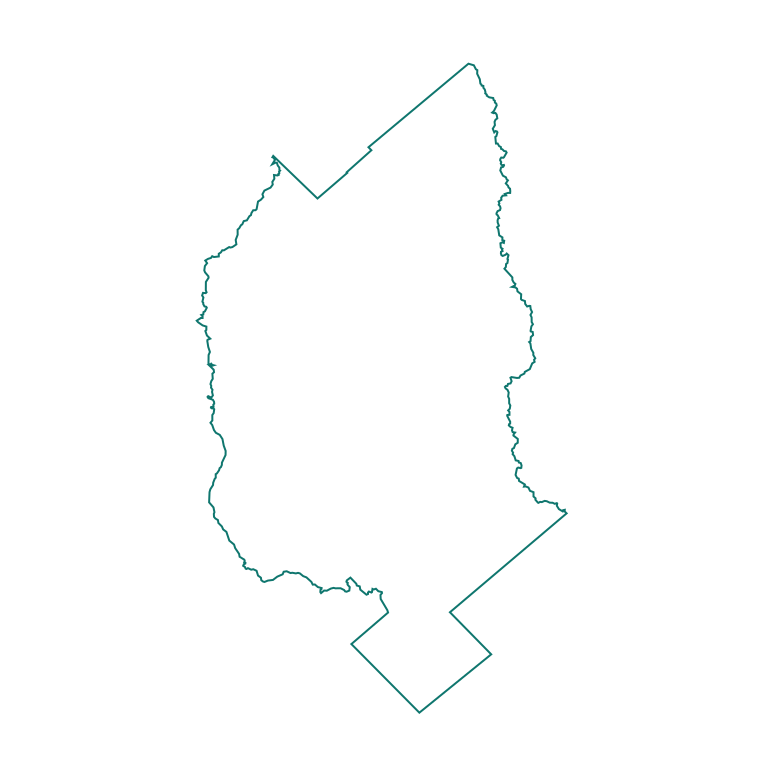 Saladillo, Buenos Aires, Argentina (Equal Earth projection), rotated 274°
{"feature_id": "61730980B83409300845185", "entity_name": "Saladillo", "entity_type": "district", "adm_level": 2, "iso_a3": "ARG", "parent_name": "Argentina", "parent_adm1": "Buenos Aires", "projection": "equal_earth", "projection_center": [-59.628, -35.682], "detail": "fine", "context": "isolated", "style": "outline", "palette": "teal", "viewbox_px": 768, "rotation_deg": 274, "n_neighbors": 0, "source": "geoboundaries", "source_scale": "gbopen_adm2", "svg_char_len": 6165}
<svg xmlns="http://www.w3.org/2000/svg" viewBox="0 0 768 768"><g transform="rotate(274 384 384)"><path d="M709.4,445.9L619.1,352.0L616.3,355.1L592.6,332.0L592.0,332.6L564.4,304.7L603.8,257.6L602.4,256.9L602.1,257.9L600.0,259.6L595.4,257.2L597.3,260.4L597.2,261.7L594.5,262.8L592.6,264.5L589.9,264.8L589.6,265.4L588.4,264.5L587.0,264.9L586.0,263.9L585.3,264.4L584.6,263.3L584.8,259.7L581.1,260.3L577.8,258.5L575.2,259.1L572.0,257.1L568.6,251.2L564.8,249.5L562.1,250.6L559.2,248.3L557.2,245.6L549.5,244.7L548.4,243.7L548.2,241.4L545.2,239.8L543.2,239.5L542.0,238.0L537.7,235.8L536.7,232.7L533.4,231.5L532.4,230.2L529.3,228.7L527.8,227.2L522.7,227.6L517.4,226.0L513.0,227.0L510.0,223.2L509.4,221.1L509.8,220.0L506.2,215.0L506.1,213.3L503.9,212.1L502.4,210.1L499.7,210.3L498.8,205.5L499.5,203.7L497.7,202.6L496.6,199.8L494.7,197.1L492.2,199.1L489.2,197.1L484.8,196.8L482.9,197.7L479.2,201.3L477.7,201.6L473.4,199.2L465.1,199.7L463.1,200.6L462.2,199.8L462.3,197.1L459.6,196.4L457.7,197.8L453.4,197.1L452.5,198.0L451.1,198.1L448.9,199.5L448.6,201.3L447.7,201.9L444.0,200.3L443.1,198.9L440.8,198.9L440.1,197.0L438.9,198.3L437.2,198.4L437.1,196.7L434.1,192.8L432.6,194.3L429.8,199.0L428.9,202.8L425.5,203.0L424.4,202.1L420.0,204.0L417.1,207.5L415.8,204.9L414.7,204.7L408.7,206.1L403.8,208.1L400.7,207.0L391.9,207.5L391.3,209.4L392.2,210.2L391.1,211.3L390.8,212.8L390.2,211.3L390.7,210.2L390.6,208.1L386.4,213.1L383.9,213.6L382.3,212.1L377.2,212.8L374.8,211.5L371.8,210.9L370.1,211.8L368.3,211.7L366.3,213.3L364.1,213.0L360.7,214.1L358.4,212.7L359.6,209.5L358.8,208.9L357.6,209.8L356.3,214.4L354.4,215.7L352.5,216.0L351.5,215.2L349.6,215.5L348.9,213.1L348.3,213.0L347.7,213.9L347.7,215.8L347.0,216.4L343.0,216.1L341.1,214.9L335.6,215.3L333.2,213.6L331.1,215.5L326.2,217.6L323.6,219.7L321.8,223.7L317.8,226.7L311.4,228.4L306.2,230.7L302.1,230.9L294.2,227.8L292.0,227.9L289.7,227.1L288.6,225.9L286.5,225.5L283.2,223.6L282.3,222.4L278.8,222.7L277.5,221.7L273.6,220.5L271.3,220.5L266.9,218.1L264.0,217.5L253.7,217.8L249.0,222.5L244.3,223.8L242.6,223.3L239.6,223.7L238.1,225.1L236.7,227.8L233.8,228.5L230.6,232.2L227.7,233.7L225.5,237.1L217.0,240.6L213.4,245.6L209.9,247.0L204.4,251.3L201.6,252.0L199.0,256.9L197.8,257.4L196.3,257.0L196.0,258.2L195.2,258.2L194.3,256.7L192.8,256.2L191.8,258.0L190.1,258.9L189.9,259.8L190.8,261.1L189.5,264.5L190.1,266.5L188.8,269.9L184.1,271.7L182.2,274.7L179.7,275.3L178.5,277.1L178.2,278.6L179.8,281.9L180.8,286.9L184.4,291.0L187.1,296.2L189.7,297.0L190.4,300.0L188.9,303.9L189.3,305.8L188.9,309.3L189.6,311.4L189.2,313.3L186.7,316.8L185.7,320.1L181.5,325.4L178.9,326.9L179.2,329.0L176.8,332.2L176.1,336.0L175.0,335.9L174.3,335.0L172.0,335.0L171.0,335.8L173.8,338.7L173.8,341.4L176.2,345.2L177.1,347.9L176.8,349.8L177.2,355.0L175.7,358.6L174.4,359.7L174.2,361.2L175.5,363.8L179.0,364.0L181.0,361.9L182.0,361.4L183.0,361.8L184.1,360.3L185.5,360.6L188.5,364.0L182.8,370.3L181.1,370.9L180.4,373.9L177.2,374.7L172.6,381.2L173.4,382.7L174.9,382.6L175.9,383.4L175.1,386.0L175.5,386.5L178.8,386.8L178.3,388.1L179.2,390.2L176.9,392.8L176.3,396.3L175.3,396.6L173.3,395.2L169.3,395.7L158.6,403.1L156.3,404.0L122.3,369.6L58.6,442.2L121.8,509.8L160.9,465.7L267.7,575.2L269.5,573.1L271.1,573.1L270.6,571.4L269.4,571.1L271.4,567.2L274.6,564.9L276.9,565.1L277.2,564.7L276.4,562.7L277.3,560.5L277.2,557.6L278.4,554.6L278.6,552.4L277.2,549.7L277.3,548.0L276.2,546.3L276.4,545.8L279.1,543.1L280.5,543.2L282.2,541.0L286.5,540.7L287.6,537.1L290.8,535.3L291.7,532.5L291.4,530.8L293.6,531.5L296.7,525.5L299.0,525.0L299.6,523.3L302.5,521.6L309.0,522.5L310.0,523.7L309.6,526.2L309.9,526.8L312.4,526.9L314.7,525.9L315.1,524.0L316.6,523.6L317.0,520.7L321.1,519.1L323.0,517.2L324.4,517.6L326.4,516.2L328.3,516.6L329.2,518.1L333.0,519.2L334.7,521.5L338.5,521.3L341.6,516.7L342.8,516.8L344.7,518.1L345.0,515.7L346.7,514.9L349.3,515.3L350.0,513.2L351.4,511.4L352.7,511.6L353.3,512.6L355.2,512.5L360.9,509.1L361.7,509.2L362.0,511.3L364.9,511.1L366.3,509.7L368.1,511.2L371.4,511.5L373.5,510.2L377.9,509.9L380.2,508.7L384.2,509.0L386.8,507.6L388.1,505.6L389.5,504.8L390.6,505.7L390.7,507.2L392.7,507.7L393.4,510.2L395.7,511.1L399.1,509.7L399.8,510.7L399.3,516.3L399.7,518.5L402.0,519.6L404.2,523.3L405.9,523.6L409.0,528.4L414.9,530.4L416.6,532.7L418.6,532.0L420.2,533.1L423.3,530.9L425.6,530.8L429.2,528.4L434.7,527.2L436.0,525.9L437.0,527.2L441.1,527.2L443.2,529.3L446.3,528.7L446.7,526.7L447.2,526.5L451.8,527.0L454.0,528.4L456.1,527.0L460.8,526.6L463.1,525.3L466.1,526.7L468.9,525.1L472.0,524.5L472.1,523.5L471.3,521.4L473.7,519.3L476.6,518.8L477.5,515.5L478.3,514.7L483.1,514.6L485.7,510.7L488.3,510.1L489.5,508.4L489.8,505.0L491.4,507.6L493.0,508.1L494.2,506.4L496.7,504.8L499.3,504.6L507.4,496.1L509.2,497.4L512.2,497.4L513.3,498.7L516.8,499.0L517.3,498.4L521.2,499.2L522.7,497.3L521.5,496.4L520.0,493.5L520.7,492.2L522.4,491.5L524.0,491.5L524.9,493.0L526.3,492.3L527.1,492.8L528.2,491.0L532.5,490.3L533.6,492.2L533.1,493.7L535.3,493.9L535.8,492.0L538.5,491.9L540.3,488.6L546.4,487.2L548.3,485.9L549.9,487.6L553.1,486.1L555.3,485.9L557.1,486.4L557.5,487.3L560.3,485.6L561.0,484.5L562.1,484.3L564.4,485.3L565.6,487.6L567.5,488.0L569.3,487.4L570.8,485.9L572.2,486.5L574.0,485.6L575.9,488.3L578.0,487.9L580.1,489.2L580.7,492.5L582.0,491.3L583.3,494.4L583.4,496.5L585.2,496.5L587.6,496.1L588.8,494.5L590.2,494.0L592.6,491.5L595.8,493.4L596.7,492.1L598.7,491.2L600.1,488.1L605.1,485.1L608.2,485.7L609.0,487.8L610.4,488.5L610.9,488.3L610.5,486.7L610.9,485.8L612.1,485.1L613.5,485.5L615.4,484.2L616.7,484.4L618.1,485.2L618.0,487.2L618.5,487.8L623.4,490.2L624.6,489.4L624.8,487.5L626.4,485.7L626.7,484.4L628.6,484.0L629.3,482.3L631.8,480.6L631.7,478.9L638.2,477.8L639.1,478.8L643.0,479.6L643.8,479.0L644.1,477.7L642.7,476.4L646.2,474.7L649.9,476.6L653.2,476.0L655.4,476.8L656.9,478.5L660.6,477.6L662.2,476.2L661.8,474.5L662.3,473.0L664.0,474.6L669.8,477.0L671.6,476.4L672.5,475.0L674.3,474.8L675.0,473.5L676.9,473.0L677.3,469.0L678.8,466.4L679.9,466.3L681.0,464.7L682.1,464.9L684.8,464.0L686.4,462.5L688.3,462.3L688.5,460.6L689.5,460.3L690.4,459.2L694.7,458.3L700.0,455.3L703.6,455.2L704.4,453.7L708.2,451.4L709.4,445.9Z" fill="none" stroke="#0f766e" stroke-width="2"/></g></svg>